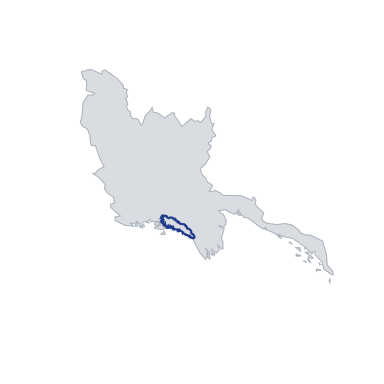 Thandwe, Rakhine, Myanmar shown in context, rotated 313°
{"feature_id": "60261553B46892654123535", "entity_name": "Thandwe", "entity_type": "district", "adm_level": 2, "iso_a3": "MMR", "parent_name": "Myanmar", "parent_adm1": "Rakhine", "projection": "albers", "projection_center": [94.444, 18.437], "detail": "fine", "context": "in_parent", "style": "outline", "palette": "blue", "viewbox_px": 384, "rotation_deg": 313, "n_neighbors": 0, "source": "geoboundaries", "source_scale": "gbopen_adm2", "svg_char_len": 9023}
<svg xmlns="http://www.w3.org/2000/svg" viewBox="0 0 384 384"><g transform="rotate(313 192 192)"><path d="M249.3,171.2L245.4,169.4L242.6,171.2L238.3,170.7L238.9,174.4L236.5,175.7L232.1,175.5L229.6,181.3L220.7,182.9L214.8,182.0L211.6,187.1L211.5,192.9L209.9,196.4L210.7,202.5L206.9,204.1L204.5,203.8L205.8,206.6L208.9,207.7L210.8,213.9L210.3,216.4L222.8,230.5L226.8,241.8L229.7,240.2L230.7,241.3L229.5,244.3L225.8,246.7L225.5,258.7L219.3,261.7L219.6,265.7L220.4,268.5L226.1,276.3L232.4,281.6L236.0,287.3L236.9,295.8L236.1,299.3L237.9,304.4L241.2,307.6L245.2,320.9L238.1,332.9L230.8,340.8L230.1,349.0L227.7,351.8L226.5,349.2L225.7,340.7L229.3,335.2L230.2,324.6L232.4,322.3L231.2,321.3L228.3,322.1L229.1,313.6L227.4,313.3L228.8,311.4L226.7,297.3L220.8,287.4L219.9,283.1L219.2,288.9L218.5,287.8L218.1,280.0L214.7,271.4L215.1,270.7L216.6,271.4L215.2,269.5L214.0,269.9L213.0,267.8L211.0,250.1L208.8,247.6L209.5,239.9L211.0,237.9L205.1,238.8L202.3,232.4L202.0,228.8L196.1,223.5L197.1,225.2L196.1,227.0L197.1,230.0L194.8,235.7L192.4,238.3L189.2,239.3L186.7,237.8L186.1,234.8L185.1,234.8L187.4,240.4L178.0,245.3L176.6,248.7L171.8,253.2L170.3,252.6L171.0,246.6L168.2,251.4L164.2,251.6L163.3,245.2L161.7,248.9L159.4,250.1L160.1,239.4L159.5,242.5L155.7,246.7L152.0,248.1L152.9,239.3L157.8,225.4L158.2,220.8L155.5,209.7L151.2,200.4L152.5,200.3L149.6,197.6L149.2,190.7L147.4,193.2L147.2,197.5L143.5,195.2L140.0,189.2L141.4,188.7L145.5,191.5L147.8,189.9L148.4,188.0L142.0,182.1L143.6,179.7L141.5,179.7L136.1,176.9L134.5,177.4L135.2,179.9L134.1,180.6L132.0,176.8L133.5,174.9L132.2,174.8L133.1,171.5L132.6,171.0L130.0,175.4L128.5,174.3L130.2,172.1L129.5,170.8L127.2,168.2L127.4,172.9L121.8,165.4L118.7,155.3L121.2,152.7L125.6,155.8L125.3,143.3L127.2,140.7L131.6,142.9L132.9,139.8L134.7,139.0L133.6,130.5L135.0,125.0L138.0,124.1L138.7,119.6L139.2,113.6L137.8,106.9L140.5,108.6L143.5,108.0L150.7,110.3L153.3,102.5L160.0,89.8L157.5,86.9L157.9,85.1L163.8,78.5L166.7,72.5L165.4,67.2L166.6,62.9L171.9,60.1L183.4,51.2L191.9,49.9L195.4,53.3L197.8,53.6L194.1,45.5L201.3,39.3L201.0,34.4L204.3,29.3L206.2,29.5L207.9,31.9L209.8,31.9L213.2,35.5L216.6,45.7L218.9,43.8L222.1,45.2L223.9,60.3L223.2,69.2L221.3,71.3L222.9,74.9L219.9,76.2L217.8,79.8L214.8,80.1L212.8,85.0L209.7,85.8L208.1,89.6L208.6,92.5L206.1,94.2L205.4,99.1L207.6,101.0L208.3,103.7L206.1,109.2L208.0,109.4L216.4,105.6L222.4,106.1L226.5,105.2L224.0,109.0L226.6,113.8L227.3,121.4L236.3,123.3L237.8,125.2L235.9,127.6L233.1,139.9L245.0,141.3L245.5,146.0L248.1,147.6L248.5,150.2L250.1,151.0L256.5,150.7L260.2,147.3L264.9,145.7L265.3,148.4L264.3,150.4L259.1,153.4L255.7,159.1L255.5,160.3L257.2,161.4L251.1,163.8L249.3,171.2ZM143.7,185.9L147.5,188.2L146.8,189.9L144.4,190.0L142.5,187.0L143.7,185.9ZM222.3,305.8L224.9,309.3L222.5,311.8L222.3,305.8ZM143.2,201.2L141.2,199.9L139.9,198.0L144.2,198.1L143.2,201.2ZM226.3,321.0L226.5,325.6L224.9,325.2L223.8,321.3L226.3,321.0ZM157.8,248.0L155.2,251.0L154.8,248.5L158.4,244.8L157.8,248.0ZM208.6,243.5L206.9,242.6L206.7,239.9L207.9,239.1L208.9,240.4L208.6,243.5ZM221.2,326.8L220.8,325.2L222.4,321.4L222.2,324.7L221.2,326.8ZM220.4,335.5L222.7,338.9L222.3,339.6L220.3,336.9L219.0,337.1L220.4,335.5ZM227.7,318.3L225.4,319.4L225.2,316.1L227.7,318.3ZM222.9,351.6L220.0,354.7L220.3,353.0L222.9,351.6ZM131.3,177.3L132.3,181.1L130.5,176.6L131.3,177.3ZM222.2,298.5L222.2,301.3L221.3,296.7L222.2,298.5ZM140.0,180.0L140.4,182.4L138.8,179.0L140.0,180.0ZM219.5,315.1L217.7,313.7L218.3,312.7L219.2,312.9L219.5,315.1ZM218.2,310.9L217.1,312.9L216.0,311.8L216.9,310.9L218.2,310.9ZM218.7,322.4L218.8,324.1L217.4,320.2L218.7,322.4ZM161.9,251.5L160.7,251.5L162.3,249.5L162.4,250.3L161.9,251.5ZM226.9,335.7L225.8,335.4L226.6,333.5L226.9,335.7Z" fill="#d9dde1" stroke="#a8b0b8" stroke-width="1"/><path d="M162.1,207.0L161.7,206.8L161.0,205.3L160.6,205.1L160.6,204.7L160.8,204.6L160.9,204.3L160.8,203.8L161.0,203.7L161.1,203.4L160.5,203.2L160.2,202.7L159.9,202.3L159.9,202.0L160.1,201.8L160.8,201.8L160.7,201.5L160.8,201.3L160.6,201.1L160.6,200.8L160.6,200.7L160.1,200.0L160.2,199.7L159.9,199.6L159.8,199.2L160.1,199.0L160.1,198.8L160.2,198.7L160.4,198.8L160.9,198.7L161.0,198.5L161.0,197.9L160.7,197.5L160.4,197.4L160.0,197.1L160.0,196.4L159.8,196.4L159.9,196.2L159.5,195.6L159.8,195.1L159.5,194.8L159.3,194.2L158.9,194.0L158.7,193.7L158.4,193.5L158.2,193.1L157.8,193.0L157.7,193.2L157.3,193.2L157.1,192.6L156.8,192.5L156.8,192.3L156.6,191.9L156.5,191.7L156.3,191.1L156.5,190.8L156.8,190.8L157.0,190.6L157.1,189.8L156.9,189.6L156.7,188.9L156.4,188.6L156.2,188.6L156.2,188.4L155.7,187.9L155.6,187.3L155.3,187.1L155.2,187.1L154.6,186.6L154.6,186.3L154.4,186.3L154.4,186.5L154.8,187.2L154.6,187.5L154.6,187.9L154.4,187.9L154.2,188.1L153.8,188.1L153.4,187.6L153.2,187.6L153.1,187.8L153.0,188.1L152.9,188.2L152.6,187.4L152.1,187.4L152.1,187.2L151.9,187.4L151.6,187.3L151.7,187.6L151.8,188.1L151.7,188.6L151.9,188.8L152.3,188.9L152.3,189.2L152.3,189.8L152.0,190.3L152.1,190.5L151.7,190.8L151.5,190.7L151.5,190.8L151.3,190.9L151.3,190.6L151.0,190.6L151.2,190.4L151.2,190.1L151.2,189.9L150.9,189.6L150.4,189.5L149.9,189.4L149.7,189.2L149.0,190.3L149.0,191.0L149.3,191.6L149.6,191.6L149.2,191.7L148.9,193.1L149.0,193.6L149.4,193.5L149.6,192.8L149.4,192.4L149.6,192.8L149.5,193.5L149.9,193.1L149.9,192.5L150.0,193.1L150.5,193.1L150.6,192.7L150.6,192.9L150.5,193.1L150.0,193.1L149.7,193.5L148.9,193.9L148.9,194.3L149.3,194.4L149.5,194.2L149.8,194.2L150.0,193.9L150.3,193.6L150.5,193.6L150.8,193.6L150.6,193.8L150.5,193.7L150.3,193.5L150.3,193.8L150.0,193.9L149.9,194.2L150.4,194.3L149.5,194.4L149.2,194.9L149.5,195.0L148.9,195.8L149.1,196.0L149.1,196.7L149.3,196.8L149.0,196.9L148.9,197.6L149.3,197.6L149.6,197.9L149.8,197.8L150.0,197.4L150.0,196.8L150.3,196.3L150.1,197.0L150.1,197.4L149.9,197.8L149.6,198.0L149.5,197.9L149.3,197.6L149.1,197.7L148.7,198.3L149.0,198.5L149.4,198.4L149.6,198.1L149.9,198.3L150.1,198.0L150.3,197.8L150.5,197.8L150.3,198.0L150.3,198.3L150.7,198.1L150.9,197.6L151.2,197.6L151.2,197.8L150.9,197.7L150.8,197.8L150.9,198.4L150.8,198.7L151.3,198.5L150.9,198.8L150.7,198.8L151.3,199.6L151.5,199.5L151.4,199.4L151.6,199.2L151.7,199.3L151.5,199.9L151.7,200.1L151.8,200.0L151.9,199.6L152.1,199.5L151.9,199.7L151.9,200.0L151.7,200.2L151.9,200.4L152.3,200.4L152.5,200.1L152.5,200.4L152.8,200.3L152.9,200.5L152.7,200.4L152.6,200.5L152.0,200.6L151.5,200.3L151.1,200.4L151.1,200.5L151.4,200.6L152.1,201.2L151.1,200.6L150.9,200.3L150.7,200.3L150.8,200.5L152.0,201.5L152.4,202.0L152.5,202.6L152.4,202.7L152.6,203.3L152.5,203.7L152.8,203.5L152.7,203.7L152.8,203.9L152.7,203.8L152.4,204.0L152.7,204.2L152.6,204.3L153.2,205.1L153.3,205.4L153.6,205.6L153.8,206.1L154.0,206.3L154.0,206.9L154.7,206.9L155.0,207.2L154.9,207.6L155.1,207.8L154.9,207.9L154.7,208.0L154.9,208.2L154.7,208.3L154.4,208.2L154.1,207.7L154.2,208.1L153.9,208.1L153.8,207.8L153.6,208.4L153.7,208.9L154.0,209.0L154.0,208.9L154.5,208.9L154.7,209.0L155.0,208.9L155.2,209.0L155.5,209.7L155.2,209.8L155.6,210.3L155.9,210.1L155.9,209.7L156.0,209.6L156.0,209.9L155.8,210.4L155.9,210.6L155.7,210.4L155.8,210.7L155.6,210.8L155.9,210.8L156.3,211.9L156.4,212.8L156.3,213.1L156.5,213.4L156.5,213.5L156.4,213.2L156.2,213.1L155.9,213.4L156.0,213.4L156.0,213.5L155.8,213.4L155.8,213.2L155.6,213.2L155.5,213.3L156.4,215.0L156.5,215.8L156.3,215.9L156.5,216.4L156.3,216.8L156.4,217.0L156.5,217.2L156.7,217.3L157.0,217.5L157.4,217.9L157.3,218.2L157.3,218.3L157.2,218.4L157.3,218.6L157.3,218.9L157.5,219.0L157.6,219.7L157.8,219.4L157.9,219.6L158.0,219.3L157.9,219.6L158.1,219.9L158.0,220.2L157.8,220.4L158.1,220.7L158.3,220.7L158.2,221.0L158.4,221.1L158.4,221.3L158.5,221.2L158.5,221.8L158.5,222.0L158.4,221.3L158.3,221.1L158.1,221.0L157.7,220.3L157.3,221.1L157.7,221.7L157.7,222.1L157.7,222.3L157.8,222.8L158.5,223.2L158.7,223.6L158.8,223.9L159.0,223.6L159.3,223.8L159.4,224.1L159.6,224.3L160.0,224.3L160.1,224.8L160.4,224.9L160.5,224.9L160.7,224.2L161.0,224.1L161.1,223.5L161.6,223.0L161.5,222.7L161.8,222.4L161.8,222.2L161.8,221.8L161.6,221.5L161.5,221.1L161.3,220.9L161.4,220.7L161.6,220.6L161.5,220.2L161.5,219.8L161.6,219.7L161.5,219.3L161.8,218.9L162.3,218.8L162.4,218.7L162.5,218.4L162.9,218.2L163.0,217.7L162.9,217.6L163.0,217.3L162.9,217.2L162.9,216.6L163.1,216.3L163.2,215.9L162.9,215.6L163.1,215.1L162.5,214.6L162.4,214.4L162.3,214.2L162.0,213.4L162.1,213.2L162.3,213.1L162.3,212.8L162.6,212.7L162.6,212.4L162.9,212.3L163.0,212.1L163.1,211.9L163.0,211.7L162.9,211.6L162.8,211.2L162.6,210.8L162.7,210.6L163.0,210.6L163.0,210.3L163.3,210.2L163.4,209.8L162.9,209.3L163.1,208.8L162.9,208.5L163.1,208.1L163.0,207.9L162.9,207.8L162.6,207.8L162.4,207.3L162.1,207.0ZM150.3,198.3L150.3,198.1L150.4,197.8L150.2,198.0L149.9,198.4L149.6,198.2L149.4,198.7L149.8,198.8L149.8,199.0L150.5,199.0L150.7,198.8L150.7,198.1L150.4,198.3L150.3,198.3ZM148.9,195.3L149.3,195.2L149.1,195.0L148.9,195.1L148.9,195.3ZM148.8,195.1L149.1,194.9L149.1,194.6L148.7,194.9L148.8,195.1ZM148.5,194.1L148.7,193.8L148.6,193.7L148.4,193.8L148.5,194.1ZM152.3,203.8L152.2,203.8L152.3,203.9L152.3,203.8Z" fill="none" stroke="#1e3a8a" stroke-width="2"/></g></svg>